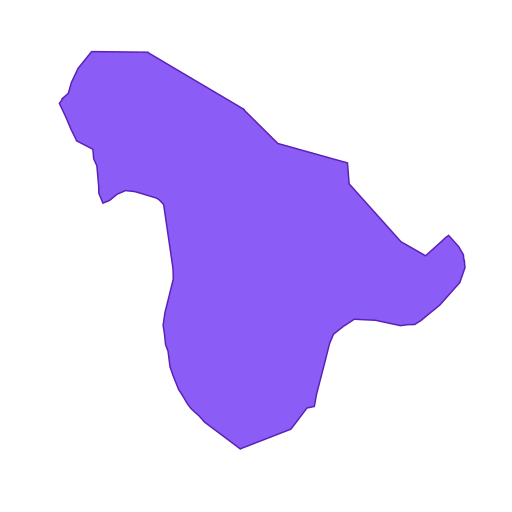 Sunny Acres, Castries, Saint Lucia, rotated 185°
{"feature_id": "8701671B95823931599644", "entity_name": "Sunny Acres", "entity_type": "district", "adm_level": 2, "iso_a3": "LCA", "parent_name": "Saint Lucia", "parent_adm1": "Castries", "projection": "mercator", "projection_center": [-60.973, 14.029], "detail": "fine", "context": "isolated", "style": "filled", "palette": "violet", "viewbox_px": 512, "rotation_deg": 185, "n_neighbors": 0, "source": "geoboundaries", "source_scale": "gbopen_adm2", "svg_char_len": 1554}
<svg xmlns="http://www.w3.org/2000/svg" viewBox="0 0 512 512"><g transform="rotate(185 256 256)"><path d="M254.8,62.4L254.1,62.9L206.1,86.6L202.2,92.7L192.0,109.0L188.4,110.1L184.8,111.2L184.4,115.3L183.7,123.1L181.4,137.0L178.2,155.9L175.1,175.2L173.8,179.3L172.0,184.8L162.7,193.6L158.6,196.8L152.6,201.6L146.3,201.8L131.6,202.4L105.9,199.2L103.0,199.9L98.9,200.8L91.9,201.6L90.0,203.1L85.7,206.4L80.1,212.0L68.6,223.2L50.7,247.3L46.8,262.5L48.1,270.0L48.6,270.2L48.9,272.0L49.5,275.3L54.9,283.0L59.7,287.5L65.9,293.3L68.4,291.2L70.6,288.8L71.0,288.3L77.3,281.5L87.1,271.0L112.9,282.9L169.5,336.0L173.0,356.7L191.8,360.2L244.0,370.0L249.7,374.7L280.5,400.3L280.5,400.9L355.3,436.7L381.1,449.1L381.3,449.6L437.6,445.3L449.6,427.4L455.0,412.8L457.2,401.6L462.9,395.7L462.5,395.3L465.2,390.9L463.1,387.4L457.2,377.2L451.4,366.2L445.3,356.2L445.1,355.7L445.0,355.2L427.8,348.1L426.2,338.8L422.4,332.0L418.8,311.8L418.3,307.1L418.0,304.7L416.5,301.9L413.1,295.3L406.7,298.6L399.8,305.4L391.7,309.8L391.1,309.8L382.4,309.6L376.2,308.4L372.9,307.7L369.1,306.9L360.1,305.0L357.2,303.4L356.5,302.8L352.5,299.3L337.7,236.7L337.3,233.8L336.4,226.0L336.5,225.0L337.4,219.4L338.9,209.7L341.6,192.9L341.8,190.8L342.5,179.0L341.1,173.4L340.7,171.6L340.2,169.4L338.4,159.9L335.3,153.4L332.1,138.6L332.0,138.1L328.3,129.8L321.3,116.0L319.3,113.6L317.9,111.7L315.6,108.7L313.0,104.9L310.7,101.9L309.8,101.0L307.6,98.5L302.8,94.7L299.7,92.5L299.0,92.0L297.8,90.8L296.9,90.0L292.9,86.1L264.9,68.7L254.8,62.4Z" fill="#8b5cf6" stroke="#5b21b6" stroke-width="1.5"/></g></svg>